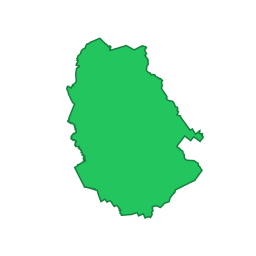 Alsviķu pag., Aluksne, Latvia (orthographic projection), rotated 219°
{"feature_id": "27541924B42168726179868", "entity_name": "Alsviķu pag.", "entity_type": "district", "adm_level": 2, "iso_a3": "LVA", "parent_name": "Latvia", "parent_adm1": "Aluksne", "projection": "orthographic", "projection_center": [26.89, 57.426], "detail": "fine", "context": "isolated", "style": "filled", "palette": "green", "viewbox_px": 256, "rotation_deg": 219, "n_neighbors": 0, "source": "geoboundaries", "source_scale": "gbopen_adm2", "svg_char_len": 5590}
<svg xmlns="http://www.w3.org/2000/svg" viewBox="0 0 256 256"><g transform="rotate(219 128 128)"><path d="M144.5,63.7L128.9,56.7L125.5,55.3L125.0,54.7L123.8,55.0L123.3,55.6L122.5,56.2L121.7,56.3L120.2,57.0L119.9,57.1L120.0,57.2L119.9,57.5L119.6,57.4L119.2,57.7L118.8,57.6L118.4,57.8L118.4,58.1L118.1,58.4L117.9,58.4L117.3,58.4L117.2,58.3L116.9,58.5L116.4,58.5L116.4,58.8L116.1,58.9L116.1,59.1L115.8,59.0L115.6,59.1L115.6,59.4L115.3,59.3L115.3,59.5L115.1,59.4L114.8,59.3L114.6,59.4L114.6,59.6L114.0,59.4L112.6,60.1L109.4,57.8L102.7,53.8L101.0,58.2L97.7,57.2L96.6,59.7L95.2,60.2L89.4,58.3L88.2,60.6L87.1,60.8L85.2,60.2L84.2,60.1L84.2,59.8L83.6,59.8L83.5,59.7L83.4,59.4L82.9,59.7L82.8,58.6L82.7,58.4L82.5,58.5L82.5,58.9L82.3,59.2L81.9,59.4L81.7,59.1L82.1,58.7L81.0,57.6L80.4,56.7L79.6,57.0L78.4,56.1L78.0,56.2L70.8,63.1L70.5,63.4L70.0,64.6L69.8,64.7L67.6,68.1L64.5,66.4L62.0,71.0L58.1,68.8L56.3,72.0L55.7,72.2L55.4,72.6L54.2,72.6L54.8,76.0L56.5,77.0L56.5,78.0L56.6,79.6L58.1,80.4L58.7,81.4L59.3,81.7L59.2,82.8L58.5,83.7L57.3,85.0L57.4,85.4L52.8,86.6L52.6,87.9L52.2,92.7L49.8,96.3L49.8,96.6L51.4,100.6L51.4,106.8L51.0,106.9L52.1,109.9L45.5,124.6L43.1,129.4L43.2,129.5L43.8,141.6L45.1,141.9L46.4,142.5L47.8,143.0L48.9,143.1L49.3,142.9L50.5,143.9L51.1,144.5L51.8,144.6L56.4,144.1L57.7,143.0L58.2,142.7L61.8,140.1L62.5,139.9L64.6,139.9L65.3,140.3L67.9,142.8L69.9,143.4L70.6,144.3L71.1,144.5L72.3,144.4L73.3,143.9L73.7,144.2L74.5,144.5L78.6,144.3L78.9,157.5L71.3,157.6L71.4,161.8L70.6,162.7L69.9,162.5L68.9,162.8L67.7,162.9L66.7,162.6L66.3,162.9L63.6,162.9L63.7,167.8L64.2,168.5L64.5,168.5L65.1,168.3L65.3,168.6L66.2,168.7L66.2,169.0L65.8,169.6L66.7,170.3L69.0,168.7L70.5,171.2L70.7,170.8L71.6,165.6L77.4,167.7L78.3,165.4L94.8,169.8L94.6,170.1L94.7,170.3L98.3,169.0L98.8,172.3L99.2,172.5L99.5,172.3L100.2,172.3L100.7,172.8L101.0,172.7L101.2,173.9L101.9,174.3L102.1,174.9L102.8,175.1L103.8,174.8L104.3,174.3L104.7,174.4L106.6,175.6L108.6,176.5L109.8,176.9L114.0,174.8L116.8,175.0L116.8,175.5L116.9,176.1L117.7,177.0L127.0,179.8L127.5,180.7L127.7,181.3L127.9,182.5L130.2,184.1L130.8,184.8L131.1,185.9L131.0,186.6L131.8,186.6L133.7,186.9L135.0,185.8L135.8,186.3L138.8,185.4L140.6,186.2L142.7,184.9L142.9,184.1L143.5,184.1L145.4,184.6L145.4,184.2L149.4,184.0L152.1,187.4L152.5,190.5L155.1,192.9L154.9,193.1L156.0,194.0L160.2,194.8L159.9,195.2L159.9,195.5L160.7,195.9L160.6,196.9L160.2,197.4L160.3,197.5L161.1,197.8L162.0,197.9L163.0,198.6L163.7,198.7L164.3,199.1L164.3,199.6L164.1,200.7L164.2,201.3L164.3,202.1L164.6,202.2L165.9,202.1L166.4,201.6L168.3,201.1L168.8,200.5L172.4,192.6L174.7,192.1L177.8,191.6L181.6,190.8L181.9,190.1L184.1,186.5L184.8,185.9L184.8,185.7L187.0,182.4L188.0,181.2L188.6,180.0L191.2,176.3L191.1,176.5L191.3,177.0L191.2,177.3L191.2,177.7L191.2,178.2L191.2,178.3L192.2,178.7L192.0,179.1L192.0,179.4L192.4,179.9L192.5,180.4L192.6,180.5L193.2,180.5L194.2,179.9L194.4,179.6L194.4,179.3L194.1,178.9L197.6,179.4L198.1,179.2L206.3,180.0L207.0,179.0L208.0,176.9L208.8,175.3L210.1,172.9L211.0,171.5L211.0,171.0L212.0,168.3L212.2,168.2L212.7,167.2L212.7,166.2L211.8,164.0L211.7,163.2L211.8,163.2L211.9,162.6L212.1,162.1L212.7,160.5L212.7,160.1L212.7,159.1L212.9,159.0L212.4,157.5L212.0,156.5L211.8,155.7L211.7,155.7L211.8,154.8L212.2,153.0L212.1,152.2L211.7,151.3L211.5,150.1L210.8,150.2L210.4,148.5L209.8,148.8L209.1,148.9L208.5,147.0L208.6,145.9L207.7,144.1L206.7,144.8L205.4,145.5L204.8,145.5L204.4,144.6L205.3,143.4L205.4,141.7L202.5,137.0L197.6,131.8L197.4,129.4L198.1,126.8L197.5,126.8L197.2,126.1L197.9,125.9L197.4,123.3L199.7,123.0L199.6,122.9L201.2,122.3L200.9,121.3L200.5,120.4L199.5,119.6L199.5,119.4L198.1,118.8L197.4,118.6L195.8,117.1L189.0,113.8L187.0,113.0L184.5,112.9L184.5,112.7L183.5,109.3L179.9,97.9L179.0,97.5L178.9,96.5L179.3,96.2L179.2,95.7L179.0,95.2L178.1,95.2L177.9,95.6L177.5,95.8L177.2,95.8L177.0,95.5L176.8,95.4L176.4,95.9L176.0,96.1L175.8,96.1L175.5,95.6L175.1,95.6L174.8,95.9L174.8,96.2L174.7,96.3L174.0,96.9L173.6,96.6L173.0,96.6L172.6,96.4L172.4,96.5L172.1,96.4L171.5,96.8L170.8,95.8L170.6,95.7L170.1,95.9L170.1,95.7L170.0,95.1L169.4,94.8L168.7,94.8L168.5,94.7L168.8,94.3L168.6,93.9L167.8,93.5L167.4,93.7L167.1,93.7L166.8,93.4L166.4,92.7L165.8,92.4L165.5,91.8L165.7,91.1L166.2,90.5L166.0,90.3L166.0,89.9L166.7,89.5L167.0,89.2L166.6,88.6L166.9,87.3L166.8,85.9L166.1,85.6L166.3,85.2L166.4,84.9L166.2,84.6L165.4,84.5L165.3,84.4L165.4,83.9L165.3,83.7L164.3,83.9L164.0,84.1L163.8,84.3L163.5,84.4L163.3,84.2L163.0,83.8L162.8,83.8L162.7,84.5L162.2,85.2L162.0,85.3L161.4,85.1L161.0,84.8L160.2,85.1L159.9,85.2L159.4,84.2L159.8,83.8L159.7,83.3L159.2,82.8L159.1,82.3L159.0,82.2L158.4,82.1L158.3,81.9L158.7,81.4L159.1,81.2L157.5,81.3L157.2,80.8L157.0,80.7L156.4,81.4L155.9,81.5L155.1,82.0L154.8,82.4L154.7,82.7L154.6,82.8L154.3,82.3L153.8,82.1L153.7,82.0L153.7,81.5L153.4,81.6L153.3,81.9L153.2,81.8L153.3,81.4L153.1,81.1L152.9,81.1L152.8,81.3L152.2,81.7L151.6,81.6L151.4,81.1L151.1,81.0L150.9,81.2L150.5,80.9L150.1,81.1L149.2,80.4L149.1,80.2L149.1,79.8L148.9,79.5L148.4,80.0L148.1,80.0L147.5,79.5L147.1,78.8L146.5,78.4L146.4,78.2L146.1,78.4L145.9,79.1L145.7,79.1L145.0,78.7L144.8,78.5L144.7,78.1L144.4,78.1L144.3,78.6L144.1,78.8L143.4,78.1L143.1,78.0L142.9,77.8L143.2,77.4L143.2,76.9L143.7,76.9L143.8,76.7L143.7,76.2L143.2,76.2L143.0,75.9L142.7,75.7L142.6,75.8L142.7,76.1L142.3,76.5L141.8,75.7L141.8,75.4L141.4,75.8L141.5,76.3L140.8,76.2L140.7,76.1L140.8,75.8L140.6,75.7L140.8,75.5L140.8,75.3L140.9,75.1L140.8,74.9L140.9,74.6L140.8,74.3L141.2,74.1L141.3,74.2L142.9,69.3L143.9,67.8L143.4,67.4L144.5,63.7Z" fill="#22c55e" stroke="#15803d" stroke-width="1.5"/></g></svg>